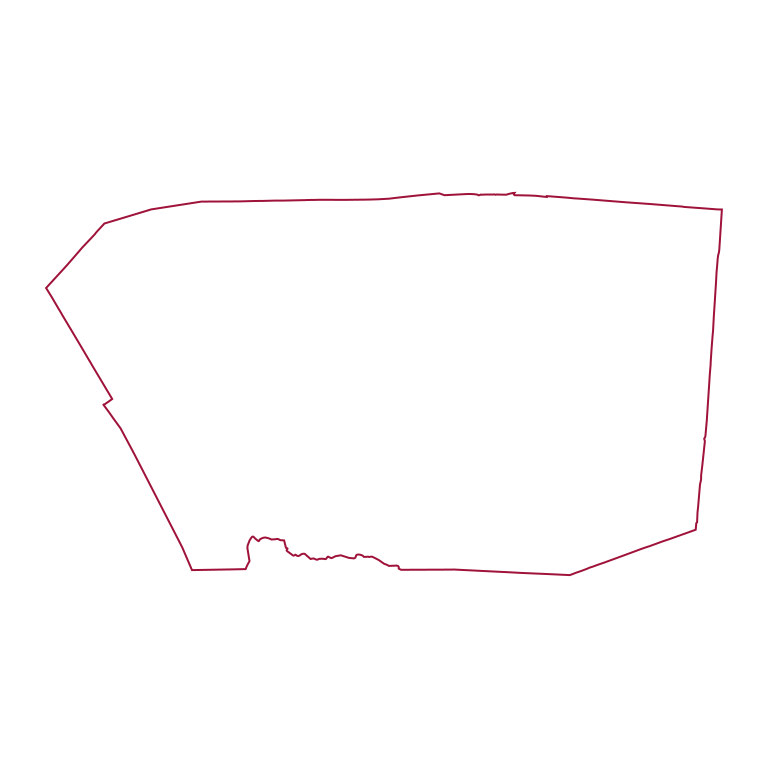 Melchor Ocampo, Nuevo León, Mexico (orthographic projection)
{"feature_id": "50627088B70877597446889", "entity_name": "Melchor Ocampo", "entity_type": "district", "adm_level": 2, "iso_a3": "MEX", "parent_name": "Mexico", "parent_adm1": "Nuevo León", "projection": "orthographic", "projection_center": [-99.496, 26.046], "detail": "fine", "context": "isolated", "style": "outline", "palette": "rose", "viewbox_px": 768, "rotation_deg": 0, "n_neighbors": 0, "source": "geoboundaries", "source_scale": "gbopen_adm2", "svg_char_len": 3506}
<svg xmlns="http://www.w3.org/2000/svg" viewBox="0 0 768 768"><path d="M465.5,194.1L444.5,195.2L439.3,193.4L417.2,195.5L399.8,197.4L388.9,198.7L378.0,199.3L367.7,199.6L342.3,199.9L329.2,199.8L318.5,199.8L315.5,199.9L307.1,200.0L305.7,200.1L283.0,200.6L274.7,200.6L264.0,200.9L254.7,201.0L239.6,201.4L201.4,201.6L151.2,209.4L104.4,223.5L98.1,230.3L95.9,232.8L94.6,234.5L82.3,247.5L74.9,256.1L66.9,265.3L46.1,288.0L51.8,297.2L58.6,308.8L61.5,313.6L61.7,314.1L71.4,330.3L83.4,350.5L89.5,360.9L90.0,361.5L90.7,362.9L92.5,366.0L112.2,399.0L108.3,401.8L105.8,403.5L105.2,404.0L104.4,404.4L103.9,404.4L103.5,404.8L109.0,412.2L112.9,417.8L120.6,428.4L133.1,451.8L133.3,452.3L133.8,453.1L165.3,514.4L182.3,547.5L191.9,569.9L192.0,570.1L231.7,569.4L245.6,569.1L246.0,568.3L246.3,567.3L247.5,564.8L248.7,562.5L249.1,562.0L249.5,560.8L249.2,559.3L247.4,548.1L247.6,545.6L248.4,543.5L249.6,540.4L251.1,538.0L252.1,536.8L252.8,536.6L253.4,536.7L254.0,537.3L255.6,538.9L257.7,540.6L258.5,541.1L258.9,541.0L259.3,540.6L259.5,539.9L260.0,539.3L260.9,538.8L261.7,538.4L263.2,537.8L264.2,537.6L265.2,537.5L266.2,537.7L267.7,538.0L268.9,538.4L270.0,538.8L271.4,539.5L272.7,539.4L275.1,539.3L277.1,538.9L278.6,539.2L279.7,539.9L280.5,540.2L284.1,540.4L285.3,545.2L285.9,547.7L286.8,548.1L287.4,548.4L287.5,548.7L287.4,549.1L286.7,550.0L286.7,550.6L287.2,551.2L288.9,552.4L292.9,555.4L293.6,555.6L294.6,555.3L295.3,554.7L295.8,554.9L297.3,555.9L298.2,556.0L299.3,555.7L301.5,554.2L302.9,553.8L304.0,553.7L304.8,553.9L310.6,559.0L312.8,558.5L313.8,558.5L315.4,559.2L316.4,559.6L317.3,559.7L318.3,559.3L319.0,558.9L322.0,558.7L323.9,558.9L324.8,559.0L325.6,559.1L326.0,558.9L326.7,558.0L327.5,557.0L327.9,556.7L328.3,556.7L329.8,557.5L331.3,558.1L331.9,558.0L335.5,556.2L340.8,555.3L349.0,557.9L354.0,558.4L355.3,557.7L355.6,557.1L356.2,555.3L357.0,554.7L358.4,554.5L360.0,554.7L361.4,555.1L362.6,555.6L363.9,556.9L365.5,556.9L366.8,556.8L368.1,556.7L369.2,557.0L370.8,556.7L372.2,556.7L375.6,558.4L378.7,560.0L384.3,563.9L386.7,564.7L388.9,565.9L396.8,565.6L397.4,565.8L398.0,566.0L398.5,566.6L398.8,567.2L398.7,568.0L398.7,568.5L399.1,568.9L401.2,569.8L452.3,569.6L453.4,569.5L457.3,569.7L487.3,571.2L507.9,572.2L520.8,572.9L536.9,573.6L546.5,574.0L569.9,575.1L576.4,572.6L581.7,570.8L587.5,568.6L589.4,567.7L592.3,566.8L598.6,564.5L604.2,562.6L611.0,560.1L617.3,557.8L632.0,552.4L641.4,548.9L646.3,547.2L649.5,546.2L662.6,541.4L669.8,539.0L695.7,529.7L696.3,523.1L697.1,522.3L697.2,519.6L697.5,512.5L698.1,507.0L700.0,484.5L700.7,481.3L701.0,480.1L701.1,478.8L701.1,476.9L701.1,475.6L702.3,465.5L704.9,441.1L704.2,438.9L704.3,438.5L704.7,437.8L705.2,437.0L705.5,435.1L706.8,420.4L707.5,409.8L708.2,399.0L709.4,380.9L709.7,375.7L710.6,364.8L710.7,362.0L711.6,348.4L712.5,336.8L713.1,330.1L713.8,316.7L714.6,304.5L715.9,284.2L716.6,271.5L717.1,266.3L717.7,258.6L718.2,255.1L718.9,252.6L719.3,249.6L721.9,209.5L717.3,209.4L703.0,208.3L683.7,206.9L682.6,206.6L669.9,205.6L649.9,204.0L624.7,202.2L592.2,199.6L578.4,198.6L573.5,198.3L567.5,197.7L546.8,196.1L546.8,197.0L536.0,195.8L529.3,195.5L524.4,195.4L514.6,195.2L514.1,194.7L513.8,194.4L513.9,194.0L514.2,193.3L514.5,192.9L512.9,193.0L510.6,193.5L507.9,194.2L506.5,194.7L505.2,194.7L496.4,194.5L495.6,194.8L494.9,194.5L494.0,194.4L493.3,194.5L491.9,194.5L487.6,194.5L485.3,194.5L482.9,194.7L481.7,194.7L480.7,194.6L479.8,195.0L479.3,195.2L478.8,195.3L477.9,194.9L477.2,194.6L474.4,194.2L470.7,194.0L468.2,194.0L465.5,194.1Z" fill="none" stroke="#9f1239" stroke-width="2"/></svg>